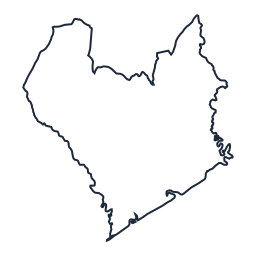 the district of Maganja Da Costa, Zambezia, Mozambique
{"feature_id": "85939544B26352047498043", "entity_name": "Maganja Da Costa", "entity_type": "district", "adm_level": 2, "iso_a3": "MOZ", "parent_name": "Mozambique", "parent_adm1": "Zambezia", "projection": "natural_earth1", "projection_center": [37.468, -17.344], "detail": "fine", "context": "isolated", "style": "outline", "palette": "slate", "viewbox_px": 256, "rotation_deg": 0, "n_neighbors": 0, "source": "geoboundaries", "source_scale": "gbopen_adm2", "svg_char_len": 5803}
<svg xmlns="http://www.w3.org/2000/svg" viewBox="0 0 256 256"><path d="M227.2,163.8L226.8,162.5L224.6,161.1L224.4,160.6L224.2,158.3L224.8,157.1L225.9,157.1L229.2,158.7L230.7,157.7L232.3,157.6L232.7,157.0L232.5,156.2L231.7,155.2L229.8,154.2L228.0,152.6L228.1,151.9L229.3,150.6L230.0,147.4L230.1,145.7L229.8,144.6L229.6,144.1L229.1,144.1L228.2,145.0L227.1,146.5L224.8,150.9L223.2,150.6L222.8,150.9L222.7,151.8L224.0,152.8L224.2,153.3L224.3,154.4L223.8,155.1L222.8,155.4L221.1,155.1L219.7,151.5L219.6,150.6L221.7,148.3L222.5,146.2L222.5,144.7L221.6,143.6L220.7,143.5L220.2,144.1L219.1,146.2L218.4,146.5L217.5,145.7L217.2,143.8L217.8,142.5L219.4,141.0L220.7,140.6L222.4,140.5L222.6,140.0L221.2,138.6L219.7,137.7L217.7,139.6L215.2,140.4L214.7,140.2L214.6,139.2L214.9,138.4L216.5,139.0L217.3,138.6L218.2,137.9L218.4,136.9L218.3,136.1L217.6,135.7L216.1,137.2L215.0,137.1L214.8,136.8L215.1,136.0L216.6,135.3L216.6,134.5L216.1,133.1L215.4,132.8L213.9,133.5L212.5,132.6L211.4,130.5L210.8,130.1L210.9,129.3L212.4,128.6L212.4,127.8L211.7,126.9L211.8,126.2L212.0,125.7L212.6,125.6L212.6,124.8L213.2,124.3L213.3,123.8L213.2,122.8L211.9,121.8L212.0,121.3L212.4,121.1L212.4,120.1L213.1,119.6L213.0,118.9L212.5,117.9L212.4,116.7L213.7,114.7L214.0,113.5L214.4,113.4L214.9,112.6L215.6,112.4L215.7,110.6L215.6,110.1L211.9,108.4L210.9,107.1L210.4,105.6L209.7,104.7L210.1,103.6L210.4,101.5L211.7,100.2L212.7,99.5L215.2,100.4L216.4,99.9L216.4,99.3L215.5,96.8L215.2,96.1L214.7,95.8L214.7,95.4L214.9,94.8L217.1,92.5L217.3,91.3L216.8,90.2L217.2,89.2L220.3,87.2L222.5,86.5L223.8,86.8L224.8,88.0L225.4,88.1L225.8,87.1L227.0,86.7L227.3,86.3L226.5,84.1L226.8,82.5L225.3,80.8L224.6,80.5L221.3,80.4L220.1,80.0L219.5,79.3L217.5,77.9L215.2,73.5L214.7,72.2L214.7,71.2L213.8,70.5L213.3,69.5L213.6,68.1L213.4,67.1L213.0,66.1L212.1,65.5L211.7,64.3L208.4,62.3L207.1,60.6L206.0,58.0L202.4,56.3L201.4,55.4L199.7,53.4L199.6,52.2L200.1,51.0L200.0,49.6L200.9,48.4L201.0,47.9L201.0,47.0L199.9,45.6L199.8,44.6L200.3,44.0L202.1,44.6L203.7,44.0L204.4,42.9L204.6,41.3L203.7,38.4L200.7,36.0L200.5,35.5L200.4,34.5L201.1,30.5L200.5,28.5L200.5,27.7L201.9,25.6L201.9,25.1L200.8,23.8L199.3,23.0L199.1,22.5L198.4,18.4L198.3,16.0L197.5,15.4L196.7,15.4L194.0,18.4L191.9,22.3L188.8,25.2L187.2,26.2L184.3,29.2L182.9,31.5L180.2,34.4L178.2,37.0L176.3,40.5L175.6,43.0L175.3,45.3L173.2,51.4L172.3,53.0L171.1,54.6L168.3,50.7L157.1,53.1L157.0,56.6L157.9,57.9L158.1,58.6L156.2,61.0L155.9,62.8L155.1,64.9L155.0,67.2L152.7,75.7L153.2,77.1L153.5,78.9L153.4,79.8L152.7,81.0L152.6,82.0L153.7,84.7L152.6,84.7L151.6,84.0L150.0,81.1L148.9,79.9L148.6,78.9L147.7,77.9L147.4,76.2L147.0,75.5L145.4,74.6L144.3,73.1L142.8,72.0L142.4,72.0L141.8,72.5L140.6,75.2L139.3,76.1L138.5,76.1L137.6,74.5L137.2,74.1L136.5,74.1L135.5,74.3L134.0,75.6L132.3,76.2L131.6,76.7L130.1,79.4L129.3,80.0L127.8,79.5L126.3,78.5L123.6,75.6L122.1,74.5L120.2,73.8L116.4,73.5L111.5,68.8L108.3,66.9L104.0,66.4L102.5,66.6L100.8,67.4L98.1,67.2L97.3,67.8L96.1,69.4L95.1,71.3L94.5,73.1L93.0,71.5L92.6,69.2L92.5,67.0L93.0,61.3L91.7,58.8L89.5,56.4L88.2,55.4L88.8,54.2L90.2,48.5L91.8,28.4L90.0,27.2L89.5,25.6L87.1,24.8L84.3,23.2L81.5,20.3L80.2,19.9L79.6,19.3L78.1,19.6L76.9,19.0L75.1,19.0L74.4,19.1L72.1,23.5L71.3,24.2L64.9,24.8L59.4,26.5L55.6,26.8L54.3,26.6L52.7,27.3L53.5,30.5L53.1,34.0L51.6,37.0L51.2,38.9L48.9,44.1L45.6,48.7L43.6,50.2L41.3,51.3L40.3,52.3L39.7,53.4L37.6,59.2L35.3,62.8L32.7,68.4L28.0,76.5L25.2,82.9L24.1,84.5L23.5,86.5L23.3,87.4L24.2,89.0L25.5,90.7L27.2,92.1L27.5,93.8L27.0,96.4L27.1,97.2L27.9,98.6L28.8,100.8L30.3,101.7L31.9,105.4L32.1,107.6L32.9,109.4L33.3,112.1L34.0,113.5L34.2,115.1L34.8,115.8L35.4,117.4L36.5,118.5L37.8,121.1L41.8,123.4L42.8,124.5L43.5,124.3L43.9,123.5L44.2,123.4L44.8,123.9L45.7,125.5L46.3,125.8L51.1,126.9L51.6,127.6L51.8,128.5L52.5,129.7L53.4,130.4L54.8,131.1L57.7,131.6L58.2,132.4L59.1,135.5L59.8,136.0L61.9,136.6L62.6,137.0L64.8,140.8L67.1,141.0L68.1,141.8L68.7,143.4L68.7,145.3L69.2,147.2L69.5,147.7L70.4,148.4L71.9,150.9L72.9,156.5L73.6,158.6L74.6,159.6L76.7,160.1L78.0,160.8L79.1,163.6L79.8,164.6L80.6,164.8L83.3,164.7L84.2,165.1L85.5,167.1L87.0,168.2L87.7,169.1L88.1,172.4L88.5,172.9L90.9,174.2L91.6,178.1L94.3,180.9L94.9,182.6L94.7,185.1L94.2,185.6L93.7,185.7L90.5,185.6L90.2,186.6L90.7,187.6L93.1,191.0L94.5,192.3L95.7,192.8L98.8,193.0L101.7,194.9L103.2,196.3L103.4,197.5L102.8,199.7L103.4,202.5L101.6,205.6L101.5,206.3L101.7,206.8L102.1,207.1L102.8,207.1L104.7,204.0L105.3,203.8L106.1,204.7L106.2,205.4L105.6,210.0L105.7,210.9L106.6,211.4L107.9,211.4L110.6,209.6L111.7,209.3L111.9,211.3L111.0,213.6L111.3,214.9L111.3,215.5L110.7,215.9L110.2,215.8L109.1,214.6L108.6,215.0L108.8,216.4L109.7,217.8L110.0,218.8L108.9,221.8L110.0,223.8L110.8,224.0L111.9,223.3L112.2,224.0L111.4,224.8L111.1,225.8L111.0,227.5L111.4,229.3L110.2,233.4L110.2,236.6L110.3,236.9L111.3,236.6L112.6,235.6L113.1,235.5L112.7,236.4L111.7,237.2L110.0,237.9L107.1,239.7L107.0,240.6L109.5,239.5L113.2,236.5L118.2,233.3L128.5,225.9L129.5,224.2L129.4,221.1L129.9,219.9L130.5,219.5L131.5,219.4L134.2,219.9L135.3,219.5L135.7,219.0L136.1,218.3L136.3,217.1L135.4,214.4L136.6,215.4L137.0,216.1L137.4,217.6L137.4,220.1L137.5,220.4L137.9,220.3L143.4,216.9L147.2,214.1L162.0,206.0L167.9,202.1L170.7,200.7L174.5,197.7L174.9,196.4L174.6,195.2L174.1,194.6L170.9,193.5L169.7,192.7L168.5,193.0L167.8,193.7L167.0,196.4L166.4,193.6L166.7,191.6L167.3,191.0L169.2,190.4L170.9,190.5L172.7,191.7L177.8,192.3L180.7,194.3L181.7,194.5L182.5,194.4L184.0,193.4L191.4,187.4L198.4,183.4L204.5,179.3L205.1,178.5L205.5,177.5L205.9,173.4L206.4,172.4L207.2,171.6L207.2,171.0L208.1,171.1L209.7,169.8L212.6,168.6L215.7,165.5L219.1,163.0L220.9,163.0L223.4,164.5L224.5,164.8L226.7,164.7L227.2,163.8ZM134.8,221.3L131.9,221.5L131.4,221.9L131.9,222.8L132.8,223.1L135.4,221.9L134.8,221.3Z" fill="none" stroke="#1e293b" stroke-width="2"/></svg>